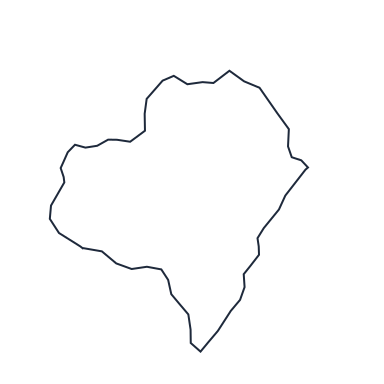 outline of Sävsjö, Jönköping, Sweden, rotated 314°
{"feature_id": "70781695B29308499168486", "entity_name": "Sävsjö", "entity_type": "district", "adm_level": 2, "iso_a3": "SWE", "parent_name": "Sweden", "parent_adm1": "Jönköping", "projection": "natural_earth1", "projection_center": [14.593, 57.347], "detail": "fine", "context": "isolated", "style": "outline", "palette": "slate", "viewbox_px": 384, "rotation_deg": 314, "n_neighbors": 0, "source": "geoboundaries", "source_scale": "gbopen_adm2", "svg_char_len": 897}
<svg xmlns="http://www.w3.org/2000/svg" viewBox="0 0 384 384"><g transform="rotate(314 192 192)"><path d="M131.4,302.9L133.3,302.5L147.8,301.5L160.1,295.9L168.8,286.3L179.7,285.3L193.4,283.8L199.2,277.8L204.3,271.2L215.9,268.7L239.8,266.7L254.3,261.6L286.9,258.1L290.2,258.4L290.7,248.6L286.3,239.6L291.5,229.4L304.5,218.0L307.9,198.7L313.9,168.2L307.8,152.6L305.4,136.0L305.2,134.7L285.3,131.7L278.4,123.3L266.3,113.8L262.9,98.2L251.7,93.5L227.5,94.7L215.4,103.6L203.4,115.6L185.2,112.6L177.5,101.8L171.4,95.3L159.4,91.7L149.9,84.5L144.7,75.0L134.3,75.0L123.6,78.9L118.0,80.9L113.6,89.3L110.2,93.5L84.3,100.0L73.9,108.4L70.1,124.8L75.3,149.6L75.6,152.5L75.9,152.5L86.7,168.4L88.0,187.1L94.7,202.1L106.9,211.5L115.0,223.7L112.2,235.9L104.1,248.1L102.8,260.3L101.4,274.4L92.0,286.6L82.5,296.0L83.1,309.0L94.9,308.1L110.1,307.1L131.4,302.9Z" fill="none" stroke="#1e293b" stroke-width="2"/></g></svg>